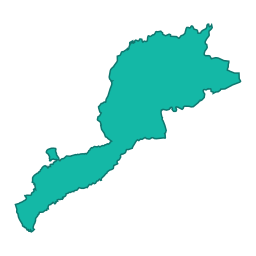 the district of Ilamatlán, Veracruz, Mexico
{"feature_id": "50627088B4244668772523", "entity_name": "Ilamatlán", "entity_type": "district", "adm_level": 2, "iso_a3": "MEX", "parent_name": "Mexico", "parent_adm1": "Veracruz", "projection": "albers", "projection_center": [-98.447, 20.764], "detail": "fine", "context": "isolated", "style": "filled", "palette": "teal", "viewbox_px": 256, "rotation_deg": 0, "n_neighbors": 0, "source": "geoboundaries", "source_scale": "gbopen_adm2", "svg_char_len": 5754}
<svg xmlns="http://www.w3.org/2000/svg" viewBox="0 0 256 256"><path d="M32.6,177.9L32.6,181.5L32.2,182.1L34.1,183.3L34.2,183.6L34.0,184.5L34.3,184.6L34.6,183.5L35.6,189.6L34.5,188.8L33.6,189.4L34.0,190.7L33.8,191.6L31.8,192.9L31.5,193.5L31.4,194.7L30.6,195.3L26.8,195.2L26.0,195.6L24.9,195.6L25.4,196.8L26.2,197.3L26.4,198.2L26.2,199.1L25.1,200.3L24.3,200.5L23.4,201.2L21.2,202.4L20.2,202.6L19.0,203.5L15.4,204.5L16.9,209.3L16.7,211.9L17.0,212.7L17.9,213.7L18.5,217.1L19.6,219.6L22.4,224.3L22.6,225.9L23.8,226.8L24.3,226.6L24.9,227.6L25.8,227.7L27.1,229.9L28.0,229.4L28.4,229.5L28.0,229.9L28.1,230.3L28.5,230.5L28.8,231.2L29.9,231.3L30.6,230.0L31.1,231.2L31.5,230.9L31.0,231.7L31.4,231.9L33.2,230.6L34.3,229.4L33.3,228.6L33.1,227.2L33.9,224.5L34.7,223.3L35.5,220.8L35.6,218.4L37.9,215.5L38.0,214.7L39.0,214.0L39.4,212.3L43.0,212.1L45.1,210.4L46.7,210.3L46.8,209.4L47.3,208.7L48.3,208.9L48.0,207.2L48.4,205.7L49.2,204.8L50.8,204.5L51.3,203.7L52.4,203.2L52.6,202.5L52.9,202.4L53.5,202.4L54.7,203.8L55.0,203.8L56.0,202.6L55.7,201.9L57.7,201.1L57.1,200.1L57.4,199.8L58.7,199.4L60.0,199.6L60.9,199.2L62.3,199.3L63.1,198.3L63.1,198.0L62.6,197.7L62.8,197.2L63.9,197.0L65.5,196.0L65.9,195.3L66.1,193.8L68.1,193.2L69.1,192.3L70.1,192.5L72.3,191.5L73.8,191.6L73.9,191.2L74.6,190.6L77.0,190.1L79.1,187.6L81.3,188.3L83.8,188.3L86.4,187.3L87.2,187.6L89.3,184.5L91.2,184.8L93.0,183.0L94.3,183.7L95.5,183.2L96.8,181.1L97.9,180.9L99.4,179.2L100.6,180.4L101.4,180.1L101.2,179.3L101.5,178.3L104.4,175.5L105.5,174.0L106.9,173.0L107.3,171.9L109.5,170.2L111.9,169.4L113.3,168.5L113.8,165.5L117.6,163.8L117.7,163.5L117.0,162.4L117.1,161.3L117.6,160.5L119.1,159.8L119.6,159.1L120.7,157.0L120.4,155.5L120.8,154.9L121.4,154.2L122.8,154.1L125.1,152.9L125.7,152.0L126.3,149.9L126.8,149.5L128.2,149.6L132.3,148.2L132.7,146.8L136.1,141.2L137.0,140.2L137.5,139.8L138.8,140.6L140.4,139.1L142.1,139.3L145.1,137.5L146.5,138.6L148.7,139.0L149.7,139.0L151.1,138.2L151.4,137.7L151.9,137.7L153.1,137.7L154.3,138.5L156.3,138.7L163.4,137.9L165.1,138.1L165.4,137.2L165.1,136.3L165.2,134.9L164.6,133.5L165.5,132.9L166.2,130.4L164.8,125.3L163.1,120.9L162.1,119.4L162.4,117.5L161.8,116.8L161.1,113.4L161.0,112.0L161.4,110.0L161.8,109.8L162.4,109.9L162.6,109.5L163.3,109.4L166.6,110.1L169.1,109.4L170.3,108.2L170.3,107.7L170.9,107.4L171.8,107.3L172.4,108.6L172.0,109.2L172.5,110.0L173.6,111.3L175.2,111.4L176.2,111.0L176.6,109.7L175.8,107.6L176.2,106.9L177.7,107.1L182.1,109.3L183.1,108.5L183.6,106.9L184.7,106.2L189.1,106.3L191.2,106.9L193.3,106.7L198.6,102.3L199.1,101.3L200.5,100.7L200.4,100.2L201.3,100.3L202.0,99.9L204.2,97.5L204.7,94.0L203.6,92.4L203.2,91.0L203.1,90.6L203.6,89.7L204.2,89.5L206.1,89.9L208.2,88.7L208.7,89.1L210.6,88.8L210.9,89.1L211.1,91.4L213.0,92.0L213.3,92.5L213.2,93.4L215.8,92.0L218.3,91.7L220.3,90.2L220.7,89.2L225.0,88.9L232.5,84.9L239.9,82.1L240.6,81.2L239.2,78.7L239.0,73.1L234.6,73.1L229.7,71.2L228.6,70.5L227.4,70.3L227.3,70.0L227.5,68.6L228.2,67.0L228.3,64.2L228.8,62.7L228.8,61.2L223.8,60.6L218.4,58.1L216.9,57.8L215.6,57.7L211.4,58.7L209.8,56.0L208.9,55.7L205.6,55.7L204.6,55.1L204.2,54.5L204.2,53.3L204.9,51.0L206.7,48.6L207.2,47.3L206.7,44.5L205.5,43.8L205.1,42.4L205.3,41.4L206.7,38.8L208.9,35.9L209.2,35.1L208.9,32.0L209.1,31.1L211.5,28.8L212.2,27.6L211.6,24.9L210.9,26.1L209.5,26.8L209.0,26.2L208.7,24.2L208.0,24.1L207.0,25.1L206.8,27.1L206.0,28.7L202.8,30.3L201.4,31.4L200.7,32.9L199.8,33.2L198.0,33.2L197.4,30.4L196.7,29.9L194.1,29.2L192.7,26.4L191.8,25.9L191.1,26.3L190.5,27.5L189.7,28.0L188.1,27.4L186.8,27.5L186.2,28.5L184.9,33.4L183.3,34.9L181.0,35.8L179.3,38.1L178.6,38.2L176.5,36.6L170.6,36.3L170.5,34.7L169.1,34.2L165.7,35.7L165.2,35.6L162.8,34.3L162.5,32.7L161.6,32.2L160.8,31.2L157.7,31.8L156.4,31.6L155.6,32.0L155.2,33.3L153.8,34.8L152.7,34.9L150.8,36.3L149.8,36.5L148.8,35.8L148.2,36.0L147.7,37.3L147.4,40.2L147.0,41.1L146.0,41.6L144.2,41.1L142.9,42.1L142.1,40.9L141.8,39.3L140.5,39.0L139.7,39.1L139.0,40.6L138.3,41.0L137.7,41.0L136.8,40.4L135.5,40.2L134.2,41.6L134.6,42.3L133.4,43.1L132.7,42.9L132.7,40.9L129.8,42.5L129.7,43.6L130.9,43.3L130.0,44.5L129.1,46.7L128.7,48.7L128.2,49.4L127.8,49.6L127.8,49.0L127.4,48.5L126.9,49.3L123.4,51.7L122.2,51.7L121.5,52.1L120.4,54.9L119.8,55.4L117.3,56.2L117.4,60.6L117.0,61.7L113.9,66.0L113.7,66.8L112.8,67.2L110.8,69.4L110.3,70.8L109.2,77.0L109.6,78.9L110.9,80.4L110.9,80.9L112.0,81.0L111.5,81.3L111.9,83.6L111.6,85.1L110.3,88.4L108.0,95.9L106.2,99.2L105.7,102.1L105.2,102.3L104.3,102.0L103.1,102.7L102.8,103.3L101.2,103.5L99.2,106.3L98.6,106.5L98.6,107.7L99.7,111.5L100.1,112.3L101.2,112.9L99.7,115.8L98.0,116.8L97.4,119.5L97.6,120.1L100.2,121.9L101.2,124.9L100.7,125.1L101.6,129.4L104.2,133.2L105.5,136.8L106.8,137.3L108.0,138.6L111.6,141.2L110.1,142.2L110.1,142.7L108.6,144.1L108.2,144.2L107.8,143.8L107.0,144.0L106.5,144.5L104.8,144.9L104.1,145.7L102.3,145.6L99.9,146.9L98.6,146.1L97.2,146.9L94.4,146.5L92.4,147.9L91.5,147.7L90.4,148.7L89.8,150.1L88.9,150.6L88.3,151.9L86.4,153.9L85.1,153.5L84.5,154.0L83.2,153.8L80.5,154.0L78.9,154.6L77.8,154.3L76.5,154.8L75.7,154.6L71.0,155.9L70.8,156.3L66.5,156.0L64.1,158.2L63.2,158.7L62.1,158.7L60.7,159.7L60.0,160.7L59.4,160.6L58.9,159.4L58.8,158.1L56.5,154.8L56.5,153.6L55.7,151.7L55.6,150.7L55.9,149.1L55.6,148.5L53.5,148.2L51.2,148.3L48.1,149.4L47.0,150.3L46.4,151.5L46.4,152.6L48.3,154.2L49.6,156.7L49.4,158.7L50.0,159.4L49.6,160.6L50.1,160.9L50.9,160.6L51.4,159.6L53.3,159.0L54.8,159.7L56.3,159.4L57.3,159.8L56.8,160.0L55.8,161.4L54.5,161.9L54.2,162.4L53.7,162.4L52.9,164.3L50.9,164.3L50.1,164.9L50.5,166.5L49.0,166.4L48.4,167.7L47.5,167.8L46.9,166.3L45.9,166.3L45.1,165.7L43.6,166.3L42.2,167.6L41.5,169.0L40.6,169.8L39.9,171.5L38.7,172.0L38.4,172.9L37.3,173.2L34.5,175.2L33.2,176.7L32.6,177.9Z" fill="#14b8a6" stroke="#0f766e" stroke-width="1.5"/></svg>